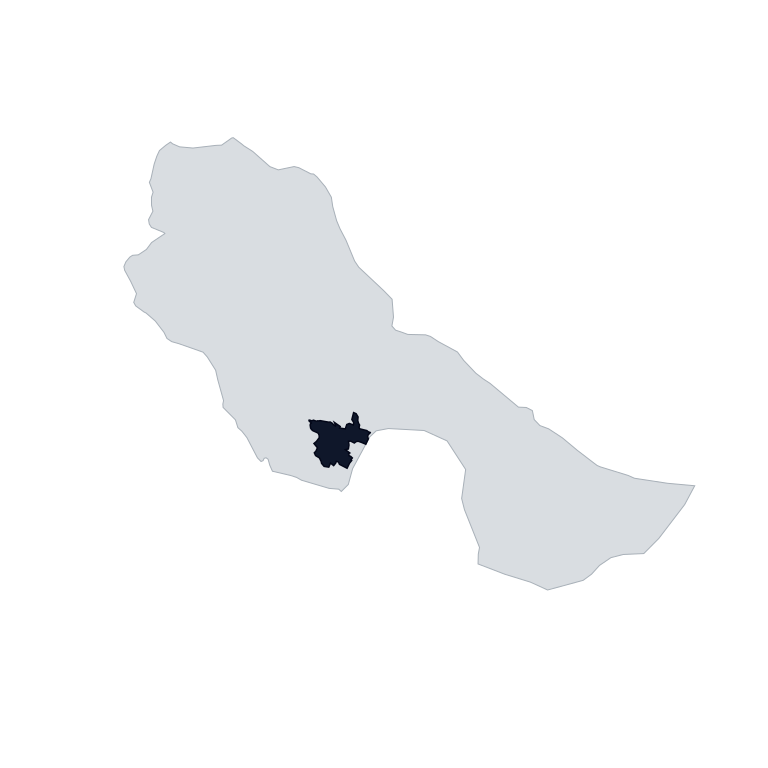 Limbaži highlighted on a map of Latvia, rotated 214°
{"feature_id": "LVA-1086", "entity_name": "Limbaži", "entity_type": "Municipality", "adm_level": 1, "iso_a3": "LVA", "parent_name": "Latvia", "parent_adm1": "", "projection": "robinson", "projection_center": [24.697, 57.497], "detail": "fine", "context": "in_parent", "style": "filled", "palette": "ink", "viewbox_px": 768, "rotation_deg": 214, "n_neighbors": 0, "source": "natural_earth", "source_scale": "10m", "svg_char_len": 3142}
<svg xmlns="http://www.w3.org/2000/svg" viewBox="0 0 768 768"><g transform="rotate(214 384 384)"><path d="M559.8,518.7L555.3,518.2L542.7,514.6L532.1,509.4L525.7,502.4L514.6,492.9L507.3,488.1L496.0,482.0L477.1,469.5L470.2,466.7L436.8,461.3L424.7,458.8L413.5,444.7L409.9,436.5L404.5,435.1L398.5,436.8L392.0,438.4L377.0,448.0L372.1,449.4L362.8,449.5L341.0,451.6L331.1,448.1L313.9,444.3L304.6,443.7L296.3,443.8L259.6,440.0L252.9,444.1L246.1,444.9L239.6,438.5L231.5,436.7L222.4,438.9L206.0,439.1L186.6,437.1L161.8,435.6L158.2,436.3L130.5,444.7L123.7,445.9L93.5,460.2L69.5,473.4L67.3,452.2L69.8,409.7L73.8,388.7L90.4,376.4L98.8,366.9L103.9,354.1L105.6,342.4L109.1,332.6L133.2,304.7L151.9,301.6L177.2,293.9L205.4,287.4L210.7,295.7L213.4,301.9L247.0,324.8L255.6,332.5L268.5,358.8L299.9,372.1L324.7,367.9L335.6,361.4L355.5,349.5L364.3,340.8L366.2,332.3L362.7,296.3L357.4,280.7L359.3,271.0L362.7,271.5L371.1,266.8L398.6,258.1L404.1,257.7L410.4,255.9L427.7,249.3L433.3,252.8L438.0,256.8L440.5,256.9L441.8,255.4L441.4,252.8L442.6,251.0L447.6,252.0L467.7,262.9L475.5,265.4L480.7,266.1L487.1,271.2L504.3,274.6L506.4,277.3L507.7,280.5L524.0,294.4L531.3,301.3L545.6,307.6L551.8,309.2L576.7,302.7L583.7,300.4L589.4,300.4L595.3,303.8L608.8,308.3L621.0,309.8L623.2,309.5L633.5,309.9L637.1,311.7L639.7,320.5L651.5,327.5L662.5,333.2L665.3,335.9L666.3,341.0L665.7,347.0L664.4,350.1L659.9,353.7L656.2,362.7L655.8,371.3L649.8,386.2L651.2,386.5L664.4,383.8L668.1,385.4L671.1,388.6L672.2,398.0L676.7,402.2L681.2,408.8L682.7,413.9L691.3,420.0L692.0,423.9L697.5,437.8L699.7,445.8L700.7,452.0L698.4,459.9L696.3,465.2L693.6,464.9L686.1,466.3L674.3,472.8L656.7,487.9L652.2,491.2L647.8,502.8L646.7,503.9L636.2,503.4L633.4,503.1L623.0,503.4L600.2,500.4L591.4,502.4L580.1,514.0L575.6,515.7L562.2,517.3L559.8,518.7Z" fill="#d9dde1" stroke="#a8b0b8" stroke-width="1"/><path d="M366.3,329.7L365.4,323.9L370.0,323.0L373.4,322.1L374.8,320.8L375.6,318.5L379.8,318.0L381.4,316.6L380.4,315.5L378.9,313.8L377.2,310.2L379.3,308.0L373.8,307.7L374.4,306.5L372.7,305.0L371.2,305.4L368.9,305.0L369.0,302.7L368.0,302.5L368.3,299.1L367.5,293.5L376.0,292.5L378.2,293.9L380.3,293.2L379.8,291.4L380.1,288.2L384.1,288.5L383.3,284.2L387.6,282.2L391.4,283.3L392.7,284.6L396.2,286.6L400.7,286.4L403.3,288.0L402.9,290.2L403.5,293.9L408.8,295.5L407.9,298.6L407.7,303.3L409.0,305.1L410.9,306.4L412.4,306.3L416.8,305.5L418.6,305.7L420.2,306.4L422.3,308.7L422.7,309.9L422.7,310.6L422.3,310.9L422.4,311.1L422.9,311.3L424.0,311.2L425.3,311.4L425.8,311.8L425.9,312.2L425.2,312.6L423.6,312.9L422.9,313.6L422.2,314.6L419.3,315.3L418.5,316.3L417.3,317.0L416.5,317.9L408.4,321.5L407.4,322.4L404.9,322.5L401.9,321.8L400.7,322.0L400.8,322.6L403.6,324.4L396.5,324.3L396.2,322.7L391.0,325.1L392.2,329.6L390.7,331.9L386.5,332.9L387.5,335.1L390.8,336.6L392.6,341.6L393.2,343.3L390.5,343.8L387.1,342.2L385.3,339.0L383.5,337.5L382.4,336.8L381.4,336.4L381.2,336.2L381.0,335.6L380.4,334.0L379.0,333.3L372.2,335.8L371.2,335.7L370.3,335.6L368.3,336.1L368.2,335.7L368.2,335.3L368.5,334.2L368.7,332.9L368.4,331.9L368.1,331.3L366.8,330.1L366.3,329.8L366.3,329.7Z" fill="#0f172a" stroke="#020617" stroke-width="1.5"/></g></svg>